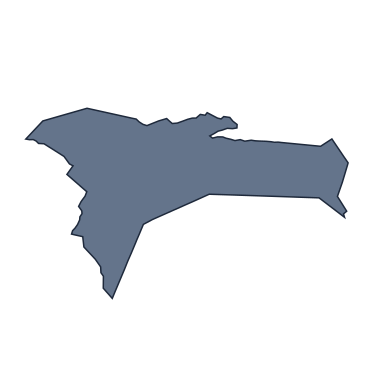 the district of Vitória de Santo Antão, Pernambuco, Brazil, rotated 263°
{"feature_id": "56859067B48091905918616", "entity_name": "Vitória de Santo Antão", "entity_type": "district", "adm_level": 2, "iso_a3": "BRA", "parent_name": "Brazil", "parent_adm1": "Pernambuco", "projection": "equal_earth", "projection_center": [-35.284, -8.165], "detail": "fine", "context": "isolated", "style": "filled", "palette": "slate", "viewbox_px": 384, "rotation_deg": 263, "n_neighbors": 0, "source": "geoboundaries", "source_scale": "gbopen_adm2", "svg_char_len": 1489}
<svg xmlns="http://www.w3.org/2000/svg" viewBox="0 0 384 384"><g transform="rotate(263 192 192)"><path d="M268.9,216.7L266.6,214.4L268.0,209.7L264.9,205.1L265.3,201.2L264.7,196.6L263.4,191.2L262.2,185.8L262.4,180.7L265.3,178.1L268.0,175.8L266.6,167.5L264.3,158.8L263.4,155.4L265.1,151.6L268.0,148.1L271.2,145.5L272.6,141.3L274.9,134.8L287.9,98.0L286.7,90.5L283.4,69.5L280.7,52.6L264.8,33.5L263.7,37.2L263.4,40.8L261.6,43.5L258.9,45.6L257.9,51.0L242.9,69.3L234.8,73.8L232.5,77.1L224.7,70.0L205.1,87.6L200.8,85.3L197.8,82.4L195.8,80.6L191.5,77.7L186.8,80.3L183.9,80.2L181.0,77.7L178.0,77.1L173.6,74.4L170.3,71.4L168.2,68.8L164.9,67.3L163.7,70.5L161.0,78.1L150.6,78.0L147.0,80.6L137.1,87.8L128.8,92.2L123.0,91.8L119.2,93.8L107.3,92.2L96.1,99.9L102.3,103.4L123.9,115.8L131.0,119.7L139.1,124.5L148.9,130.1L151.1,131.3L156.7,134.6L165.8,139.8L169.5,149.4L173.1,161.2L180.2,184.5L182.3,191.5L187.7,208.8L184.4,230.2L182.4,243.0L173.6,299.0L170.7,317.4L148.3,340.3L151.8,339.7L154.1,343.2L169.9,335.8L183.3,342.4L199.5,349.5L201.9,350.5L209.0,346.8L227.6,337.3L221.7,325.2L230.2,286.9L231.0,283.6L231.3,279.9L232.3,276.5L233.3,271.7L234.3,265.4L235.1,261.0L236.2,257.1L236.0,250.6L238.1,246.3L237.8,240.9L239.6,236.9L241.3,232.2L242.9,229.3L243.6,224.1L243.0,218.9L245.5,216.5L247.3,221.1L249.2,225.3L249.7,229.3L250.9,234.8L249.9,240.0L250.1,244.4L253.5,245.0L257.3,241.2L261.4,238.6L263.0,232.7L261.0,229.8L262.2,226.4L268.9,216.7Z" fill="#64748b" stroke="#1e293b" stroke-width="1.5"/></g></svg>